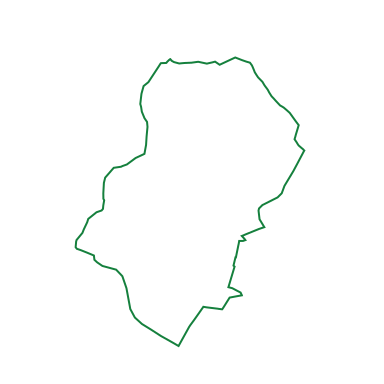 Zalingi, Central Darfur, Sudan (Albers equal-area conic projection), rotated 29°
{"feature_id": "16777658B14482741827107", "entity_name": "Zalingi", "entity_type": "district", "adm_level": 2, "iso_a3": "SDN", "parent_name": "Sudan", "parent_adm1": "Central Darfur", "projection": "albers", "projection_center": [23.544, 13.041], "detail": "fine", "context": "isolated", "style": "outline", "palette": "green", "viewbox_px": 384, "rotation_deg": 29, "n_neighbors": 0, "source": "geoboundaries", "source_scale": "gbopen_adm2", "svg_char_len": 2820}
<svg xmlns="http://www.w3.org/2000/svg" viewBox="0 0 384 384"><g transform="rotate(29 192 192)"><path d="M114.6,291.3L117.0,296.7L118.8,297.5L122.8,296.8L129.8,295.9L137.0,295.1L139.5,298.6L143.1,299.5L149.5,300.1L163.3,296.7L171.9,299.4L181.3,307.9L194.8,324.3L202.9,329.5L212.2,331.7L222.8,332.2L234.4,333.0L249.3,333.1L249.5,333.1L253.6,333.2L254.9,333.2L254.9,331.9L254.9,322.7L254.9,312.2L254.9,311.2L255.0,310.3L255.0,309.8L255.4,306.7L255.9,302.8L256.6,296.5L257.2,290.8L257.4,288.8L257.5,288.1L257.5,287.6L257.6,287.3L257.6,287.2L257.6,286.9L257.9,286.8L258.7,286.5L260.7,285.8L271.3,281.5L271.7,281.4L273.4,280.7L274.3,280.4L274.8,280.2L275.3,279.9L275.3,279.7L275.5,277.2L275.8,271.5L276.1,266.1L281.9,261.3L285.7,258.2L285.4,257.9L284.9,257.6L284.6,257.4L284.1,257.0L283.9,256.9L283.6,256.7L283.3,256.4L282.3,256.4L279.3,256.5L273.9,256.6L270.0,257.6L265.4,236.6L264.0,236.3L261.7,228.1L262.1,227.9L258.4,216.2L258.0,214.8L257.0,211.9L257.7,211.5L260.3,210.1L262.0,208.2L260.5,207.5L256.9,206.3L258.3,204.6L259.2,203.4L268.3,192.1L272.3,187.7L264.3,183.1L259.2,176.0L258.6,173.9L259.9,169.3L269.5,155.2L271.1,149.6L269.9,141.8L270.5,124.8L270.4,117.0L270.1,102.9L270.1,102.7L270.1,101.3L269.6,101.2L269.3,101.1L269.1,101.0L268.8,100.9L268.6,100.8L268.4,100.8L268.1,100.7L266.5,100.4L262.7,99.6L261.3,98.9L259.4,97.8L258.0,97.1L256.1,96.1L255.5,93.3L255.1,91.8L253.6,84.9L252.9,81.8L250.4,80.7L248.4,79.8L244.8,78.1L239.1,75.4L235.2,74.5L231.3,73.7L229.2,73.6L227.1,73.6L224.0,72.6L220.9,71.6L218.1,70.6L215.2,69.7L213.2,68.6L211.2,67.5L210.0,66.7L208.8,65.9L206.9,65.0L205.3,64.3L203.6,63.5L201.9,62.5L200.2,61.5L197.2,60.6L194.2,59.7L191.5,58.3L188.8,56.8L187.4,55.6L185.9,54.4L184.5,53.3L183.0,52.2L181.5,51.5L180.0,50.8L178.2,51.2L176.5,51.6L174.2,52.0L171.9,52.4L168.2,52.9L164.6,53.4L154.5,67.3L149.0,66.8L146.8,68.9L144.1,71.3L142.8,72.5L138.9,73.7L134.3,75.1L128.8,79.2L122.9,82.8L122.3,83.2L118.5,85.8L115.3,86.6L113.3,87.1L111.8,87.1L110.6,87.1L110.4,87.0L110.3,86.9L110.2,86.9L109.9,86.8L109.6,86.7L109.4,86.6L109.1,86.5L108.6,86.3L108.4,86.5L108.2,87.1L108.0,87.6L107.9,87.7L107.6,88.8L107.3,89.7L107.2,90.0L107.1,90.8L107.0,91.1L107.0,91.4L107.0,91.5L106.9,91.6L106.7,91.7L106.6,91.8L106.3,92.0L104.0,93.4L103.1,93.9L102.6,94.2L102.4,94.4L102.3,94.5L102.2,95.1L102.2,95.3L102.0,98.6L101.8,101.2L100.6,117.1L98.3,122.8L100.1,130.3L100.5,131.4L104.1,140.1L106.1,142.1L109.2,146.1L114.7,150.5L118.7,152.5L121.5,156.6L125.3,165.3L129.0,173.1L131.9,181.7L126.2,189.6L121.7,199.5L118.6,203.0L117.7,204.3L111.8,208.8L110.2,216.4L109.1,221.5L110.5,226.7L115.1,236.2L117.8,240.9L119.2,241.8L120.9,246.7L122.3,249.9L121.9,252.0L118.3,256.0L115.7,262.4L114.3,265.8L115.0,269.3L115.5,277.2L116.0,280.9L115.2,285.1L114.3,290.0L114.5,290.6L114.6,291.3Z" fill="none" stroke="#15803d" stroke-width="2"/></g></svg>